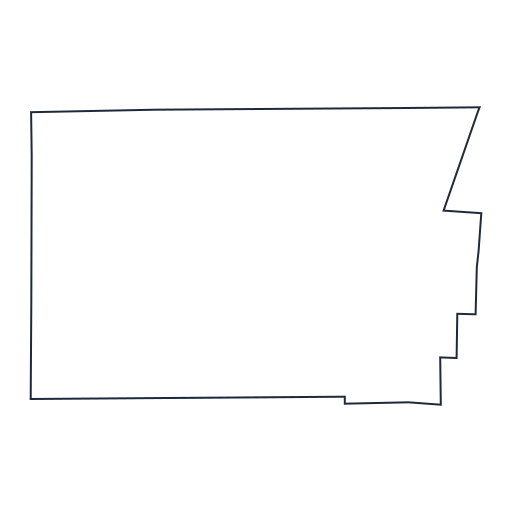 Genesee, New York, United States of America (orthographic projection)
{"feature_id": "52423323B2741615206535", "entity_name": "Genesee", "entity_type": "district", "adm_level": 2, "iso_a3": "USA", "parent_name": "United States of America", "parent_adm1": "New York", "projection": "orthographic", "projection_center": [-78.093, 42.998], "detail": "fine", "context": "isolated", "style": "outline", "palette": "slate", "viewbox_px": 512, "rotation_deg": 0, "n_neighbors": 0, "source": "geoboundaries", "source_scale": "gbopen_adm2", "svg_char_len": 374}
<svg xmlns="http://www.w3.org/2000/svg" viewBox="0 0 512 512"><path d="M31.1,112.2L31.7,156.0L31.3,303.4L30.7,399.0L344.8,396.7L344.8,403.7L408.3,402.3L440.8,404.7L440.2,357.4L456.6,358.0L457.3,313.8L475.6,314.3L476.8,267.4L478.6,250.8L481.3,213.2L443.6,210.6L477.8,111.9L479.6,107.3L406.4,108.0L155.3,109.7L31.1,112.2Z" fill="none" stroke="#1e293b" stroke-width="2"/></svg>